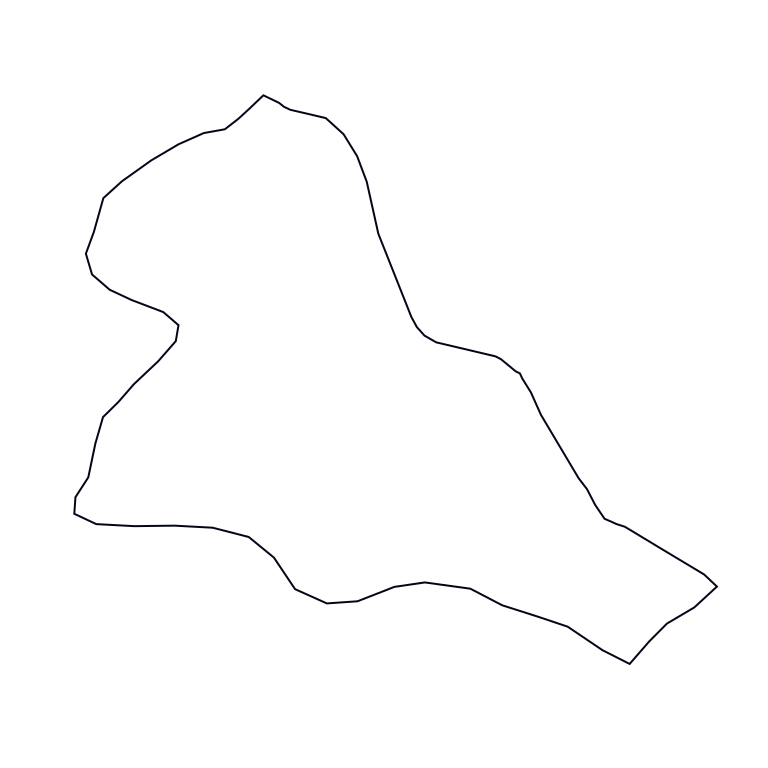 the border of Brazzaville, rotated 266°
{"feature_id": "COG-4855", "entity_name": "Brazzaville", "entity_type": "Region", "adm_level": 1, "iso_a3": "COG", "parent_name": "Republic of the Congo", "parent_adm1": "", "projection": "orthographic", "projection_center": [15.461, -3.984], "detail": "fine", "context": "isolated", "style": "outline", "palette": "ink", "viewbox_px": 768, "rotation_deg": 266, "n_neighbors": 0, "source": "natural_earth", "source_scale": "10m", "svg_char_len": 1071}
<svg xmlns="http://www.w3.org/2000/svg" viewBox="0 0 768 768"><g transform="rotate(266 384 384)"><path d="M680.4,283.8L671.7,299.0L667.5,303.6L664.1,309.6L653.3,344.5L639.0,358.2L636.0,361.1L613.1,373.1L586.9,380.9L560.4,384.9L534.4,388.8L448.9,416.0L438.4,420.8L429.4,427.8L421.9,439.0L403.7,497.4L400.5,502.5L387.4,516.3L385.1,520.3L379.9,522.3L365.3,530.0L342.3,538.4L276.4,571.6L264.9,579.2L248.7,586.2L234.2,594.6L228.0,606.3L224.8,614.3L202.7,645.7L171.6,690.1L158.7,702.0L139.5,678.0L125.3,649.6L108.8,630.7L87.6,609.5L103.2,583.4L129.1,550.3L140.9,521.9L155.0,486.5L173.8,455.8L183.2,410.9L180.9,380.2L169.1,342.4L169.1,311.7L185.5,281.0L218.5,262.1L240.8,238.4L252.6,203.0L257.3,165.2L259.6,125.0L264.3,87.2L276.1,66.0L292.6,68.3L311.5,82.5L344.7,91.9L370.6,101.4L384.7,117.9L401.2,134.4L422.5,160.4L441.3,179.3L457.0,183.1L471.1,168.9L485.3,138.2L497.1,117.0L513.6,100.4L534.8,95.7L556.0,105.2L589.0,117.0L604.5,136.7L623.3,167.4L637.5,195.8L646.9,221.7L649.2,243.0L658.7,257.2L668.1,269.0L680.4,283.8Z" fill="none" stroke="#020617" stroke-width="2"/></g></svg>